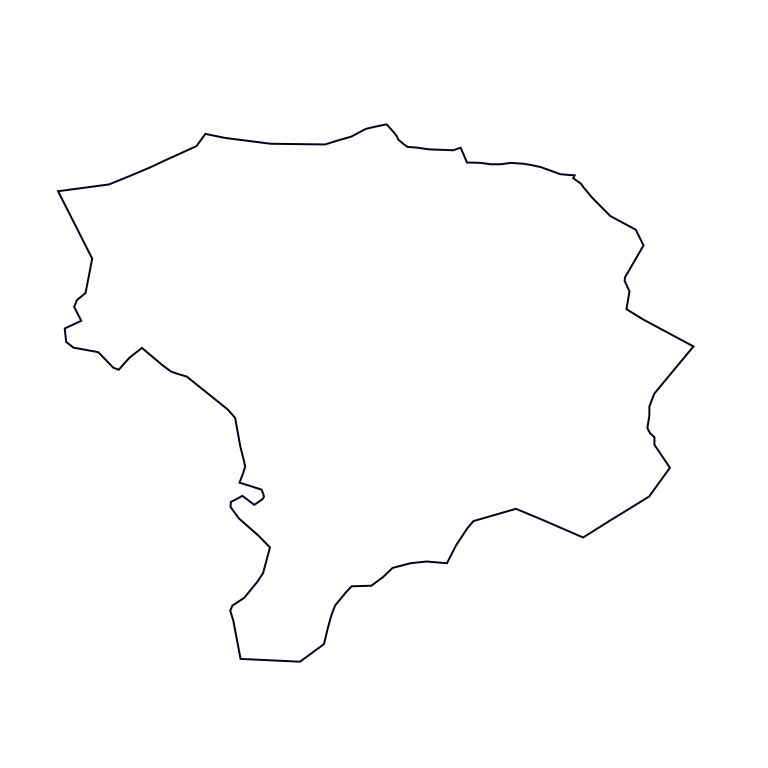 Damaturu, Yobe, Nigeria, rotated 264°
{"feature_id": "59680162B76704120420691", "entity_name": "Damaturu", "entity_type": "district", "adm_level": 2, "iso_a3": "NGA", "parent_name": "Nigeria", "parent_adm1": "Yobe", "projection": "robinson", "projection_center": [12.053, 11.854], "detail": "fine", "context": "isolated", "style": "outline", "palette": "ink", "viewbox_px": 768, "rotation_deg": 264, "n_neighbors": 0, "source": "geoboundaries", "source_scale": "gbopen_adm2", "svg_char_len": 1934}
<svg xmlns="http://www.w3.org/2000/svg" viewBox="0 0 768 768"><g transform="rotate(264 384 384)"><path d="M244.3,635.8L270.8,659.6L295.3,646.6L302.8,647.4L307.2,643.5L312.6,641.3L324.4,644.5L327.5,644.9L334.0,645.6L346.0,651.7L362.2,668.2L389.0,695.7L421.0,648.6L433.0,633.0L450.4,637.8L461.3,634.1L464.8,634.8L494.7,656.6L511.1,650.5L527.4,626.6L547.4,610.6L547.8,610.3L558.2,603.3L562.6,600.8L568.9,593.7L571.6,595.4L572.7,589.2L574.2,581.3L583.5,562.2L585.5,555.9L585.6,555.7L586.8,551.8L588.4,546.1L590.7,532.9L590.3,523.2L591.3,513.5L593.9,502.8L595.6,489.6L603.5,487.3L611.0,484.9L609.2,477.3L612.6,453.6L615.9,440.3L617.3,432.3L620.4,428.7L625.4,423.8L629.2,422.6L632.9,420.3L641.8,413.9L641.9,413.5L641.8,413.4L641.8,413.1L641.8,412.9L641.8,412.7L641.8,412.3L641.8,412.1L641.8,411.9L641.8,411.7L641.7,411.3L641.3,406.9L640.9,403.0L640.9,402.8L639.9,394.6L639.8,394.1L639.7,393.4L639.5,392.2L633.4,377.2L631.3,365.0L628.4,350.4L629.9,337.6L634.8,296.3L645.3,251.8L651.4,232.5L640.2,222.4L629.0,188.8L624.1,174.8L617.7,153.8L611.2,131.2L609.8,80.0L539.2,106.9L505.7,96.7L499.6,87.4L493.1,83.9L478.5,89.5L472.6,72.3L459.0,72.3L452.6,79.0L445.5,103.2L428.5,116.5L425.9,121.7L436.7,133.5L445.2,147.0L425.5,166.0L418.6,173.6L415.4,180.4L412.0,188.6L375.1,225.8L365.9,232.4L338.9,234.4L336.1,234.7L327.4,235.9L321.1,236.9L319.6,236.9L316.4,237.3L310.5,234.8L301.0,230.0L291.8,251.1L287.2,252.5L284.3,252.8L282.1,251.0L277.4,242.4L287.6,231.4L285.6,226.8L282.7,219.4L277.8,218.5L265.4,225.7L246.3,243.3L233.4,253.5L208.6,244.0L201.0,237.8L186.0,222.7L179.5,210.1L174.8,207.4L164.3,209.4L125.6,212.6L116.6,271.4L131.6,297.1L147.1,302.6L159.1,307.3L168.9,312.3L181.1,324.7L186.2,330.7L184.7,350.3L192.2,363.0L200.2,373.3L203.0,391.8L203.0,407.7L199.2,427.9L216.0,438.8L231.8,451.8L238.3,458.6L246.1,502.1L234.4,523.6L231.9,528.1L210.5,566.0L210.8,566.5L224.5,594.4L244.3,635.8Z" fill="none" stroke="#020617" stroke-width="2"/></g></svg>